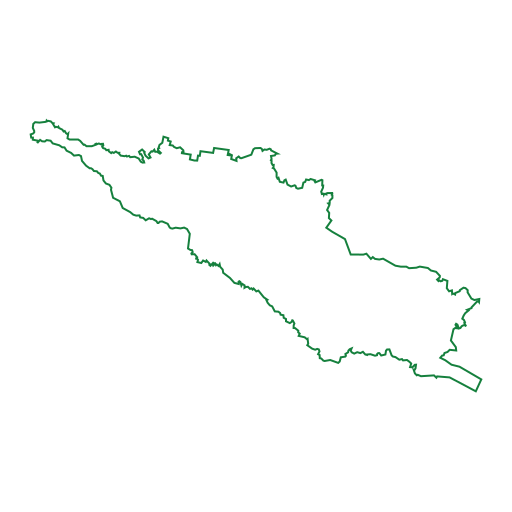 Coatepec, Veracruz, Mexico
{"feature_id": "50627088B84316937235456", "entity_name": "Coatepec", "entity_type": "district", "adm_level": 2, "iso_a3": "MEX", "parent_name": "Mexico", "parent_adm1": "Veracruz", "projection": "mercator", "projection_center": [-96.934, 19.445], "detail": "fine", "context": "isolated", "style": "outline", "palette": "green", "viewbox_px": 512, "rotation_deg": 0, "n_neighbors": 0, "source": "geoboundaries", "source_scale": "gbopen_adm2", "svg_char_len": 6057}
<svg xmlns="http://www.w3.org/2000/svg" viewBox="0 0 512 512"><path d="M33.3,123.9L32.8,127.9L34.2,130.9L34.2,132.4L33.0,133.6L30.7,134.4L31.2,137.6L32.9,137.6L32.8,139.7L37.9,140.7L37.3,143.0L40.1,139.9L42.1,141.3L44.8,141.5L46.6,140.1L50.6,140.7L52.7,143.4L59.3,145.3L62.2,147.3L64.5,147.4L66.6,150.7L71.1,152.9L74.0,155.6L78.9,155.0L81.0,156.1L82.0,160.9L86.1,165.7L89.7,168.3L90.9,168.2L92.4,169.1L93.9,171.0L96.9,171.3L98.3,173.0L99.8,173.5L101.1,175.7L102.7,175.9L103.5,180.5L105.9,183.5L109.4,184.8L111.4,187.7L111.0,189.8L113.1,197.8L119.9,201.3L122.7,208.0L130.2,212.1L133.3,214.7L136.2,215.6L139.5,215.4L140.2,217.4L143.2,217.9L145.7,220.3L149.1,218.3L151.0,219.1L152.1,218.7L156.4,221.1L157.6,223.0L158.5,223.0L159.7,221.7L162.1,221.4L167.7,223.8L169.7,227.5L170.7,228.2L172.4,228.6L175.7,227.7L180.5,228.4L184.1,227.6L187.0,229.0L189.8,233.8L188.0,248.5L190.3,249.9L192.1,250.2L192.7,252.1L191.4,253.4L191.7,254.3L194.6,254.2L196.4,256.3L197.0,257.4L196.2,257.8L197.1,257.6L197.1,258.2L195.3,258.6L197.1,258.8L198.0,259.8L197.4,262.1L201.3,263.0L203.1,260.5L205.8,261.9L206.5,260.5L210.0,264.2L209.4,264.9L210.4,265.8L213.2,262.7L213.8,263.0L212.6,264.3L213.2,265.6L215.3,263.6L216.0,265.2L216.8,264.5L218.5,265.9L219.6,264.1L220.1,266.7L222.7,269.6L223.2,272.8L229.9,277.9L234.4,282.9L238.7,284.0L238.6,281.7L239.3,281.2L240.4,282.0L241.4,285.6L242.3,283.9L244.6,285.4L244.5,287.8L245.8,287.0L247.9,286.8L250.0,288.9L251.5,288.3L252.6,289.6L253.6,288.5L256.3,291.4L258.4,290.6L263.8,297.3L267.3,299.7L266.4,300.1L267.6,302.7L269.8,305.3L272.2,306.4L274.8,311.4L278.4,311.7L280.1,313.0L280.6,314.7L283.4,315.2L283.7,317.8L286.0,319.0L286.0,321.3L289.8,323.1L291.6,321.9L292.3,320.3L292.8,320.5L294.4,323.5L293.7,325.2L293.6,328.0L295.1,328.1L298.3,330.7L298.2,332.3L299.7,333.6L298.7,335.9L304.7,337.3L307.2,339.4L307.6,339.0L308.2,343.7L307.3,345.2L312.2,348.7L315.2,349.7L317.2,348.9L318.8,349.4L319.5,351.4L318.1,354.2L319.6,355.0L319.8,358.2L321.3,358.5L323.3,360.6L324.6,361.0L330.2,360.0L338.2,362.9L339.7,361.5L340.8,357.3L345.3,356.6L345.9,355.8L345.4,354.0L348.1,352.3L348.4,350.6L349.7,349.2L351.6,348.4L350.7,350.6L351.7,352.3L354.2,353.6L357.2,352.2L360.4,353.1L362.9,351.8L365.3,354.5L366.9,354.9L366.9,354.5L370.5,354.2L375.0,355.7L377.0,355.2L377.2,353.9L378.2,353.1L379.3,353.1L381.2,355.5L385.4,354.5L386.0,350.7L387.0,349.5L389.4,349.4L391.6,355.3L392.8,356.5L395.5,357.1L399.3,359.7L402.0,359.1L403.0,360.4L407.0,360.0L409.3,361.7L411.2,363.5L410.1,367.1L412.4,367.3L414.8,364.8L416.0,364.7L415.5,368.4L414.7,369.7L413.6,369.5L414.9,373.4L416.8,375.3L417.7,374.8L421.0,376.2L434.0,375.4L436.4,377.7L437.1,376.4L449.6,377.4L475.8,391.3L481.3,379.4L459.5,366.7L451.5,364.7L445.2,360.2L440.3,357.8L442.1,355.6L443.7,355.3L444.5,353.0L447.5,352.0L449.7,349.8L456.2,350.5L455.8,347.1L450.9,340.5L453.5,329.2L455.2,328.0L457.3,328.3L455.5,324.8L456.1,323.8L457.4,324.6L458.9,328.5L460.4,328.0L461.7,326.2L463.4,325.3L464.7,325.1L466.1,326.3L464.3,322.9L465.0,322.3L463.9,319.9L462.3,318.7L463.7,315.5L465.2,313.2L468.5,310.5L467.2,309.8L471.5,308.1L471.6,307.3L476.9,301.7L478.5,301.4L479.0,302.1L479.3,299.0L474.4,300.0L471.4,298.6L467.6,292.3L467.7,290.2L465.5,288.1L463.5,287.7L459.9,290.1L459.7,291.2L455.2,293.1L455.1,294.5L452.9,293.5L452.2,294.0L451.9,290.4L449.1,291.3L446.8,288.2L447.4,280.9L442.9,279.2L442.3,280.8L440.7,281.3L439.4,280.4L438.5,281.1L437.1,279.6L439.7,277.4L439.9,275.9L436.1,271.8L430.9,270.5L427.9,268.0L419.8,266.6L416.3,267.7L409.1,268.2L406.4,266.7L401.0,266.7L395.4,265.7L383.1,258.7L379.3,259.5L375.0,258.9L372.8,257.1L370.9,258.9L366.4,253.7L363.4,254.6L350.7,254.5L345.0,239.1L332.1,231.7L326.3,227.7L331.4,220.5L328.9,218.1L329.2,212.9L327.1,210.0L329.5,204.8L328.2,203.4L329.7,203.0L329.7,200.7L332.4,198.0L332.4,195.3L331.7,194.8L332.3,193.5L332.2,193.0L327.3,193.1L326.3,193.5L326.4,194.4L324.1,193.8L323.8,194.6L323.6,193.9L322.4,194.0L322.6,193.6L321.7,193.3L321.2,191.7L323.0,187.7L323.2,185.5L322.2,185.4L322.4,180.2L321.6,179.8L315.3,182.4L314.6,181.2L315.0,180.3L310.6,179.0L308.9,180.1L306.1,179.5L305.2,181.9L303.4,182.6L302.2,187.8L298.0,188.7L296.3,188.0L295.5,185.8L294.7,185.3L291.1,186.5L287.5,184.6L285.7,179.6L284.4,180.3L283.5,182.6L279.8,181.8L278.5,177.8L277.5,178.6L276.6,176.9L276.6,172.6L274.1,168.6L272.9,168.0L273.5,167.4L273.7,164.9L272.6,165.0L271.5,163.0L271.6,160.8L270.9,160.2L271.6,159.1L271.0,156.0L274.8,155.4L276.0,153.7L277.3,153.6L271.1,150.4L270.8,149.3L269.6,148.7L266.7,149.8L264.4,149.5L262.5,150.9L261.8,148.9L260.5,148.0L255.0,148.2L253.4,149.3L251.3,154.7L241.4,158.2L240.3,158.1L238.7,156.5L236.2,158.3L236.5,160.9L231.2,159.0L231.9,155.2L229.9,154.2L229.7,155.3L227.7,155.0L228.7,150.0L214.1,148.0L213.1,152.9L200.5,151.2L199.8,155.8L198.0,155.6L197.2,160.6L194.3,160.5L189.9,159.4L190.7,154.6L181.9,153.2L182.0,152.2L183.5,151.7L183.3,150.3L180.1,147.3L176.7,148.2L174.0,146.9L172.8,145.5L169.7,145.1L170.7,141.5L167.9,140.6L168.3,138.2L163.5,136.7L162.3,142.8L159.5,144.9L158.6,147.6L159.1,148.1L158.0,148.8L158.1,150.3L160.8,152.9L160.0,153.6L157.0,151.7L155.2,151.8L154.3,149.7L152.6,151.6L151.4,151.3L148.8,154.4L150.5,157.5L148.5,158.4L145.5,155.6L144.2,152.8L144.7,152.0L142.1,149.5L139.0,151.8L140.1,154.3L141.2,154.2L143.0,157.6L142.3,159.4L143.7,160.7L144.2,162.5L142.5,162.6L140.8,161.7L138.7,158.5L134.7,156.7L130.2,157.2L129.1,155.9L126.9,156.5L126.2,155.7L124.6,156.2L120.7,155.6L119.1,153.8L119.3,152.8L117.6,152.8L115.9,151.5L113.8,152.9L112.2,152.2L111.2,153.1L108.8,151.3L108.6,149.8L106.3,150.2L105.3,148.8L103.1,148.1L102.2,146.7L103.3,145.5L103.0,143.8L101.6,143.9L101.3,144.5L98.9,143.5L97.1,144.1L96.3,143.6L95.5,144.0L95.9,144.7L91.8,146.2L86.5,146.2L84.5,144.6L83.6,144.8L80.2,140.9L78.1,139.5L69.5,139.5L67.5,138.3L68.2,133.5L67.5,134.2L66.1,133.3L64.7,131.0L63.6,131.5L62.4,129.7L59.0,128.0L58.4,126.7L57.9,127.3L55.9,126.8L55.0,127.3L53.1,124.1L53.6,123.3L52.4,123.1L50.8,121.4L47.9,120.8L47.1,121.3L46.6,120.7L46.4,121.5L45.4,121.9L39.4,122.6L35.1,122.2L33.3,123.9Z" fill="none" stroke="#15803d" stroke-width="2"/></svg>